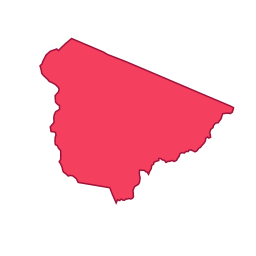 Lagoa Grande do Maranhão, Maranhão, Brazil (Albers equal-area conic projection), rotated 192°
{"feature_id": "56859067B63003511785784", "entity_name": "Lagoa Grande do Maranhão", "entity_type": "district", "adm_level": 2, "iso_a3": "BRA", "parent_name": "Brazil", "parent_adm1": "Maranhão", "projection": "albers", "projection_center": [-45.43, -4.913], "detail": "fine", "context": "isolated", "style": "filled", "palette": "rose", "viewbox_px": 256, "rotation_deg": 192, "n_neighbors": 0, "source": "geoboundaries", "source_scale": "gbopen_adm2", "svg_char_len": 1934}
<svg xmlns="http://www.w3.org/2000/svg" viewBox="0 0 256 256"><g transform="rotate(192 128 128)"><path d="M29.0,169.8L32.1,170.7L65.2,177.1L80.3,180.1L88.0,181.6L142.9,192.3L163.7,195.7L167.2,197.0L168.9,197.4L201.8,203.8L206.4,197.9L210.4,192.1L212.1,189.2L214.1,190.5L220.0,186.9L223.3,182.4L225.3,174.9L225.3,173.0L227.0,170.5L225.3,167.4L223.7,163.5L221.3,161.6L216.8,158.9L214.7,157.2L212.1,156.7L208.1,155.5L204.6,153.2L203.5,151.7L203.5,148.9L206.0,144.6L205.4,142.1L204.2,138.2L201.5,136.3L199.7,135.8L198.9,131.9L202.1,128.9L202.9,125.5L202.7,122.5L201.5,118.1L204.3,113.0L202.5,108.5L200.3,108.8L198.0,108.6L197.0,106.1L197.3,103.6L196.9,101.9L196.8,100.1L195.6,96.6L193.5,96.1L191.7,93.7L189.2,91.9L188.3,88.4L187.3,83.1L188.3,80.8L186.3,78.7L184.7,76.6L183.0,73.1L182.1,71.6L178.9,70.1L176.5,68.6L174.9,69.5L172.3,69.8L168.0,67.7L165.4,64.4L133.4,65.8L129.5,59.9L124.0,52.2L123.3,55.6L121.1,55.3L119.8,57.1L118.3,56.5L116.6,56.5L115.2,58.0L113.7,58.5L112.1,59.3L110.5,59.1L109.1,60.2L108.3,61.8L108.9,63.6L109.3,65.6L110.1,67.4L109.9,69.8L109.4,72.0L108.2,73.1L106.2,75.0L105.5,77.0L105.6,79.6L105.9,82.2L106.7,83.6L107.7,86.6L107.9,89.3L105.2,89.6L103.1,90.0L101.9,89.1L100.0,88.8L98.3,87.0L97.8,90.0L96.8,93.3L97.0,96.3L95.4,98.1L95.5,99.8L93.1,101.6L91.1,102.6L91.5,104.6L89.5,104.9L88.2,104.0L85.5,103.9L83.7,102.2L82.0,103.6L80.2,104.1L78.3,105.4L75.8,104.9L73.8,106.5L73.2,108.6L72.0,111.1L72.1,113.2L70.4,115.1L67.7,115.2L66.5,117.0L64.2,117.5L63.6,119.1L61.9,119.6L59.6,119.2L57.6,118.6L56.0,119.8L55.2,121.4L54.5,123.0L53.0,124.2L52.2,126.1L51.0,128.0L50.1,129.9L49.6,131.7L49.9,134.1L48.3,135.7L46.9,135.0L45.3,136.0L46.0,138.3L47.0,140.3L47.1,142.1L46.7,144.0L44.9,146.1L45.0,148.1L43.9,150.2L42.5,151.4L40.8,151.9L40.2,153.7L39.2,155.5L38.7,157.5L38.7,159.4L38.3,161.7L36.4,162.3L34.8,163.0L32.5,163.4L30.9,163.4L29.4,165.0L29.0,167.4L29.0,169.8Z" fill="#f43f5e" stroke="#9f1239" stroke-width="1.5"/></g></svg>